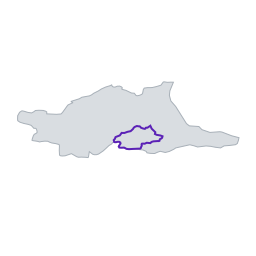 Racha-Lechkhumi-Kvemo Svaneti highlighted on a map of Georgia, rotated 163°
{"feature_id": "GEO-3035", "entity_name": "Racha-Lechkhumi-Kvemo Svaneti", "entity_type": "Region", "adm_level": 1, "iso_a3": "GEO", "parent_name": "Georgia", "parent_adm1": "", "projection": "robinson", "projection_center": [43.138, 42.637], "detail": "fine", "context": "in_parent", "style": "outline", "palette": "violet", "viewbox_px": 256, "rotation_deg": 163, "n_neighbors": 0, "source": "natural_earth", "source_scale": "10m", "svg_char_len": 3071}
<svg xmlns="http://www.w3.org/2000/svg" viewBox="0 0 256 256"><g transform="rotate(163 128 128)"><path d="M131.0,174.0L131.0,173.3L130.8,172.2L129.8,171.4L128.5,170.9L126.0,171.1L123.7,170.5L122.1,169.1L121.7,168.0L122.6,167.2L121.9,166.4L119.1,164.7L114.4,160.4L111.8,159.4L110.8,156.7L109.7,156.1L107.5,155.9L105.1,156.1L104.6,156.4L103.9,156.9L102.1,160.3L100.8,161.4L97.6,160.9L95.0,160.1L92.9,159.6L88.7,159.3L84.0,159.3L80.8,161.7L79.5,161.4L77.1,160.2L73.2,159.2L71.2,158.5L77.1,151.3L78.9,147.1L79.0,144.5L79.1,141.3L76.1,134.6L73.5,125.0L70.8,115.1L68.7,112.1L59.8,108.7L57.8,104.8L50.9,99.8L41.3,97.6L39.4,96.7L31.2,90.3L24.7,86.3L26.1,83.8L28.0,81.2L30.1,80.6L35.9,81.6L41.3,82.8L45.3,81.9L50.0,84.0L54.3,86.3L58.6,88.0L67.0,89.5L70.1,91.7L73.8,93.9L88.2,95.0L89.4,94.6L90.4,94.3L95.3,93.5L99.5,93.7L104.0,96.3L106.9,96.2L110.0,95.8L114.0,97.2L117.1,98.7L117.4,100.3L120.1,102.6L128.1,106.1L134.5,108.1L136.5,109.5L141.4,111.8L141.9,112.5L141.8,113.5L140.4,115.2L140.1,116.7L140.8,117.6L142.8,118.5L146.8,118.6L148.3,117.5L151.3,116.8L154.3,115.3L158.3,113.4L163.7,111.7L165.9,111.7L168.0,112.3L169.4,113.2L171.9,116.7L174.3,111.8L174.9,111.4L177.2,112.4L181.1,113.8L183.9,114.5L185.4,115.5L189.6,120.0L196.3,119.8L199.2,120.5L200.7,121.2L201.4,122.1L200.3,126.6L198.7,131.2L198.8,132.4L201.5,134.1L205.3,136.0L207.3,137.5L208.6,138.8L211.6,139.8L215.0,140.4L216.6,140.5L218.4,141.7L222.8,143.8L223.4,144.3L222.7,145.6L220.9,148.1L219.5,149.4L218.0,149.6L216.4,150.1L215.9,151.5L215.9,153.2L216.1,154.4L216.6,154.8L218.1,155.2L219.8,158.8L222.3,160.6L226.1,162.7L229.6,165.1L231.3,167.2L231.0,168.8L229.9,172.0L227.1,174.7L224.7,175.4L223.9,175.2L222.3,174.3L219.2,172.2L215.8,170.6L213.2,171.1L211.4,171.8L208.0,171.0L204.0,169.6L201.9,168.2L201.0,167.1L201.6,165.3L192.4,162.0L188.0,161.0L186.1,162.0L179.4,167.1L178.6,167.6L173.5,168.3L173.5,168.7L174.7,169.7L174.5,170.1L165.9,170.2L163.1,170.9L155.4,170.0L152.9,170.4L150.8,171.2L145.6,172.1L142.0,173.1L137.4,173.7L132.6,173.7L131.0,174.0Z" fill="#d9dde1" stroke="#a8b0b8" stroke-width="1"/><path d="M129.2,106.5L132.1,107.2L133.3,107.5L135.4,108.4L135.9,108.8L137.2,110.2L137.8,110.5L140.6,111.2L141.4,111.6L142.0,111.8L142.3,112.9L141.6,113.8L140.6,114.5L139.7,115.3L139.6,116.4L140.5,117.4L141.9,117.8L143.4,117.9L144.6,118.2L145.3,118.7L145.2,120.6L143.5,121.6L142.8,122.8L142.3,123.0L138.0,123.3L135.5,125.2L134.8,124.9L132.8,124.3L129.7,124.5L126.4,124.2L123.5,125.6L122.4,126.6L121.1,127.1L118.9,127.3L117.4,126.5L116.8,126.4L116.0,125.8L115.6,124.6L114.0,123.3L112.3,122.3L111.6,122.3L110.9,123.0L110.1,122.9L109.3,122.6L106.0,123.6L106.0,122.8L105.7,122.1L105.7,121.1L105.5,120.3L103.1,116.0L104.0,114.4L102.6,113.1L99.1,111.3L97.4,110.0L98.2,108.7L99.2,108.2L100.3,108.1L100.7,108.0L101.0,107.8L101.3,107.1L101.7,106.5L102.5,106.5L103.3,106.8L107.6,107.8L109.4,107.8L110.3,107.5L110.6,107.2L111.0,107.0L114.4,108.4L116.6,108.1L118.5,108.8L119.4,108.9L119.9,108.1L120.0,107.0L120.7,106.4L121.7,105.0L122.7,104.7L123.3,105.0L129.2,106.5Z" fill="none" stroke="#5b21b6" stroke-width="2"/></g></svg>